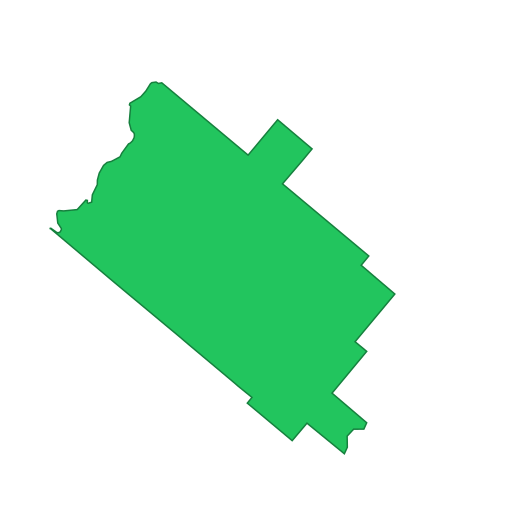 Calcasieu, Louisiana, United States of America (Robinson projection), rotated 40°
{"feature_id": "52423323B60189599793984", "entity_name": "Calcasieu", "entity_type": "district", "adm_level": 2, "iso_a3": "USA", "parent_name": "United States of America", "parent_adm1": "Louisiana", "projection": "robinson", "projection_center": [-93.51, 30.264], "detail": "fine", "context": "isolated", "style": "filled", "palette": "green", "viewbox_px": 512, "rotation_deg": 40, "n_neighbors": 0, "source": "geoboundaries", "source_scale": "gbopen_adm2", "svg_char_len": 1080}
<svg xmlns="http://www.w3.org/2000/svg" viewBox="0 0 512 512"><g transform="rotate(40 256 256)"><path d="M72.5,183.9L70.3,186.6L67.6,187.0L64.8,190.1L64.4,191.8L65.6,200.4L65.4,208.0L61.2,220.0L61.9,221.6L63.6,221.7L73.2,235.4L79.6,239.9L82.1,240.0L84.0,240.4L85.4,241.9L86.5,243.5L87.4,247.2L87.1,250.2L86.3,252.1L87.1,263.6L87.9,266.6L88.1,267.4L84.4,276.5L81.8,280.0L81.0,284.6L82.6,293.2L85.7,299.8L88.6,303.4L89.6,307.5L91.3,314.3L95.5,320.4L93.5,323.6L92.5,323.6L91.1,321.8L89.7,322.5L89.2,335.4L79.7,345.1L75.9,347.8L75.2,349.3L76.3,351.8L83.0,358.2L89.3,360.1L90.0,361.1L90.5,363.4L89.9,364.9L88.5,366.0L81.0,366.6L80.2,367.6L81.1,367.1L165.4,367.3L249.2,367.0L262.2,367.1L321.4,367.1L326.2,367.2L343.8,366.9L343.9,374.3L402.4,374.2L402.5,351.3L450.8,350.7L448.9,343.8L441.6,335.4L442.1,325.9L449.9,319.3L448.0,312.6L402.4,312.2L402.1,257.9L387.0,258.0L386.8,195.9L361.8,195.7L342.5,195.5L342.5,193.0L342.4,183.5L229.9,183.7L230.2,153.3L230.1,137.9L185.0,137.7L185.0,145.6L185.1,173.9L185.1,183.8L72.5,183.9Z" fill="#22c55e" stroke="#15803d" stroke-width="1.5"/></g></svg>